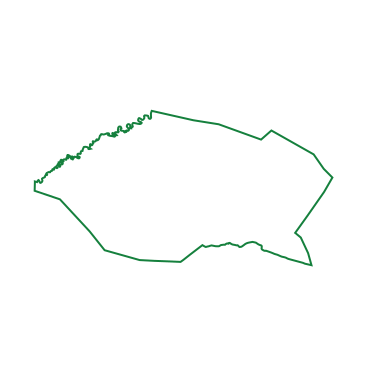 the district of Bayannuur, Bulgan, Mongolia, rotated 301°
{"feature_id": "93677404B15769150174360", "entity_name": "Bayannuur", "entity_type": "district", "adm_level": 2, "iso_a3": "MNG", "parent_name": "Mongolia", "parent_adm1": "Bulgan", "projection": "albers", "projection_center": [104.475, 47.85], "detail": "fine", "context": "isolated", "style": "outline", "palette": "green", "viewbox_px": 384, "rotation_deg": 301, "n_neighbors": 0, "source": "geoboundaries", "source_scale": "gbopen_adm2", "svg_char_len": 5791}
<svg xmlns="http://www.w3.org/2000/svg" viewBox="0 0 384 384"><g transform="rotate(301 192 192)"><path d="M240.8,115.7L239.4,116.0L238.2,116.3L237.1,117.0L235.7,117.9L234.9,118.5L234.1,118.7L233.4,118.6L233.0,118.2L232.9,117.6L232.9,117.2L233.1,116.7L233.6,116.3L234.6,115.1L234.4,114.2L233.4,112.1L232.7,111.8L232.2,111.9L231.4,112.7L230.7,113.1L229.3,113.0L228.7,112.8L228.1,112.1L228.0,111.4L228.3,110.7L228.3,110.0L228.2,109.0L228.1,108.6L227.7,108.4L227.1,108.4L226.3,108.6L225.6,109.0L225.3,109.7L225.2,110.6L225.3,111.4L225.6,112.0L225.6,112.5L225.4,113.2L225.0,113.3L224.6,113.2L223.9,112.8L223.3,112.1L222.5,110.2L221.7,107.8L221.1,106.4L220.7,105.9L220.2,105.9L219.4,105.9L218.7,106.3L218.2,106.9L217.6,107.5L217.1,107.5L216.5,107.0L215.9,106.9L215.3,107.2L215.0,106.6L215.3,105.8L215.6,105.6L216.6,105.2L217.0,104.9L217.5,104.5L217.7,103.9L217.6,102.9L217.2,102.3L216.3,101.9L215.4,102.0L214.6,102.4L214.2,103.2L214.0,104.0L213.6,104.9L213.2,105.7L212.7,106.0L211.8,105.9L211.5,105.1L211.1,104.3L210.5,103.9L210.1,104.8L209.6,104.7L209.2,103.8L208.7,103.9L208.4,103.6L208.4,103.0L209.1,102.1L208.7,100.9L208.2,99.9L208.2,99.3L208.6,98.9L208.9,98.5L209.3,98.4L209.6,98.5L210.2,98.7L210.8,98.0L211.2,97.2L210.9,96.3L210.6,95.9L209.9,95.7L209.4,95.6L208.5,95.9L207.9,96.3L207.1,96.5L206.4,97.1L206.1,98.0L205.8,98.1L205.4,98.0L205.0,97.9L204.8,97.4L204.1,96.0L203.8,95.6L203.2,95.3L202.7,95.2L202.4,95.4L202.2,95.8L202.2,96.5L202.2,97.1L202.2,97.4L201.9,98.2L201.6,97.8L201.2,97.1L201.2,96.2L201.7,95.1L201.8,94.1L201.6,93.5L201.2,93.5L200.8,94.0L200.4,94.2L200.7,96.0L200.8,96.5L200.5,97.2L200.0,97.3L199.5,97.0L199.4,96.8L198.9,95.0L198.0,93.0L197.8,92.3L197.7,91.5L197.5,91.1L197.6,90.8L198.2,91.1L198.9,91.2L199.3,90.7L199.2,90.0L198.8,89.3L198.4,88.8L197.6,88.3L197.0,87.8L196.4,87.3L195.9,86.8L195.6,86.3L195.3,85.3L194.9,84.5L194.6,84.3L193.9,84.3L193.5,84.5L193.1,84.2L192.8,84.1L192.4,84.2L191.4,84.5L190.7,84.6L189.8,84.9L189.4,84.9L188.6,84.8L187.9,84.5L187.8,84.4L188.1,83.9L188.2,83.4L188.0,83.2L187.7,83.1L187.3,83.1L186.5,83.3L185.9,83.2L185.3,82.8L184.9,82.4L184.6,81.3L184.5,81.0L184.1,81.0L183.8,81.1L183.3,82.0L183.1,82.2L182.9,82.3L182.4,82.1L182.0,82.1L181.7,82.2L181.4,82.3L181.0,82.3L180.7,82.2L180.4,81.8L180.5,81.4L180.8,81.0L180.8,80.7L180.7,80.3L180.3,80.1L179.7,80.4L179.3,80.7L178.6,81.2L177.6,81.3L177.1,81.5L176.9,81.6L176.8,82.4L176.8,82.8L176.6,82.6L175.8,81.7L175.6,81.3L175.7,80.8L176.0,80.7L176.5,80.3L176.6,79.6L176.3,78.5L175.8,77.3L175.2,76.5L174.7,76.1L173.5,76.3L171.8,76.5L171.2,76.9L170.8,77.0L170.4,76.5L169.7,75.9L169.1,76.0L168.8,76.1L168.0,76.7L167.6,76.8L167.2,76.7L166.8,75.8L166.2,74.7L165.6,74.4L165.2,74.5L164.6,74.9L164.1,75.5L163.4,75.3L162.9,75.3L162.5,75.5L162.5,76.0L162.7,76.3L163.2,76.7L163.7,76.9L164.2,77.4L164.0,77.8L163.5,78.0L162.8,77.9L162.4,77.4L162.2,76.6L162.2,74.5L161.9,73.4L161.8,73.2L161.3,73.0L160.5,73.1L158.5,73.0L158.4,72.8L158.4,72.4L158.4,72.2L160.3,72.2L160.7,71.9L160.8,71.5L160.7,70.9L160.1,70.8L159.5,70.8L158.9,71.1L158.5,70.9L158.8,70.4L159.3,70.2L159.7,69.7L160.0,68.7L160.0,67.8L160.0,67.2L159.9,66.8L159.6,66.3L159.1,66.3L158.8,66.4L158.7,67.1L158.6,67.8L158.2,68.4L157.9,68.4L157.1,68.4L157.0,68.1L157.3,67.7L157.5,67.2L157.3,66.9L156.3,66.9L155.1,67.6L154.8,67.5L154.6,66.8L154.4,66.0L154.1,65.6L153.7,65.2L153.4,65.1L152.9,65.2L152.5,65.6L152.2,66.0L151.9,65.9L151.8,65.6L151.7,65.2L152.4,64.2L152.4,63.6L152.2,63.2L151.9,63.1L151.3,63.1L150.7,63.2L150.2,63.6L150.0,64.1L150.2,65.9L150.1,66.4L149.7,66.6L149.1,66.6L148.9,66.5L148.7,66.2L148.8,65.8L149.5,65.3L149.8,64.4L149.6,63.5L149.0,62.6L148.7,62.4L148.4,62.7L147.8,63.2L147.4,64.2L147.2,65.0L146.8,65.6L146.5,65.7L145.7,65.8L145.3,65.3L145.2,65.0L145.4,64.9L146.1,64.8L146.8,64.3L147.2,63.8L147.3,63.2L147.0,62.7L146.6,62.6L145.9,62.7L145.3,62.9L144.3,62.5L143.9,62.8L143.5,63.8L143.2,64.1L142.9,63.9L142.8,63.7L142.8,63.1L143.0,62.6L143.0,62.1L142.8,61.9L142.4,61.8L141.8,61.5L141.2,61.9L140.6,62.1L140.0,62.1L139.8,61.8L140.0,61.3L140.0,61.0L139.7,60.7L139.2,60.7L138.8,60.9L137.9,61.0L137.3,60.3L136.9,60.1L135.9,60.2L135.7,60.0L135.4,59.3L135.2,58.8L133.4,57.7L132.4,57.7L132.4,58.0L132.4,58.5L132.2,58.9L131.8,58.9L131.3,58.1L130.7,57.8L130.2,57.8L129.2,58.2L128.5,58.0L128.0,57.5L127.0,56.9L126.2,56.6L125.6,57.0L124.9,57.8L124.3,58.1L123.4,58.2L121.9,57.6L121.7,57.0L122.0,56.3L122.5,55.8L123.1,54.8L123.1,54.2L122.2,54.0L120.7,54.1L120.1,51.9L119.8,52.1L112.0,56.5L117.7,82.6L105.5,124.6L97.1,147.1L106.7,182.2L113.6,195.2L121.2,209.0L126.2,218.2L129.2,219.5L137.4,222.6L151.8,228.3L151.8,229.9L151.9,231.9L152.3,232.5L153.0,233.1L154.2,234.4L155.3,235.3L156.3,236.3L157.4,239.4L157.6,240.0L159.0,242.5L159.6,243.2L160.0,243.4L161.2,244.0L161.5,244.3L161.9,244.7L162.5,245.5L162.8,245.9L163.4,246.6L163.5,246.8L163.6,247.2L163.8,247.4L164.0,247.6L164.5,247.7L165.2,248.0L166.0,248.6L166.2,248.9L166.3,249.5L166.5,249.9L167.3,249.9L167.6,250.2L167.8,250.7L167.7,252.5L167.8,253.5L167.9,253.9L168.8,256.3L169.1,257.4L169.4,257.9L169.6,258.2L169.8,258.5L169.8,259.1L169.7,259.5L169.4,260.1L169.4,260.7L169.4,261.2L170.5,262.5L171.4,263.0L173.5,263.9L174.8,264.4L176.0,265.1L177.0,265.9L178.1,267.0L180.4,269.6L180.7,270.5L181.2,271.9L181.5,273.0L181.4,274.2L181.3,275.9L181.6,278.0L181.8,278.5L181.8,279.0L181.7,279.4L181.5,279.6L181.2,279.9L179.3,280.8L179.0,281.2L178.8,281.7L178.8,282.6L178.8,283.6L179.0,284.4L179.2,285.0L179.7,285.5L179.9,286.2L180.9,291.1L181.2,293.0L181.4,294.6L182.2,297.6L182.4,299.3L182.6,301.0L182.8,302.2L183.8,305.2L184.1,306.7L184.1,308.0L184.4,309.5L188.4,323.5L188.7,325.7L190.8,332.1L199.4,323.0L209.0,308.7L210.1,301.5L231.0,303.2L260.1,305.2L276.7,304.9L279.7,293.0L286.9,276.9L285.6,228.4L272.5,224.2L263.8,180.0L254.2,156.2L240.8,115.7Z" fill="none" stroke="#15803d" stroke-width="2"/></g></svg>